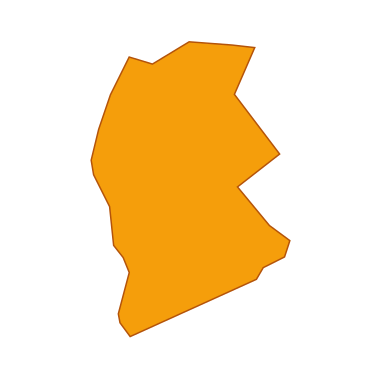 SVG path tracing the border of Flacq, rotated 190°
{"feature_id": "MUS-5184", "entity_name": "Flacq", "entity_type": "District", "adm_level": 1, "iso_a3": "MUS", "parent_name": "Mauritius", "parent_adm1": "", "projection": "natural_earth1", "projection_center": [57.71, -20.212], "detail": "fine", "context": "isolated", "style": "filled", "palette": "amber", "viewbox_px": 384, "rotation_deg": 190, "n_neighbors": 0, "source": "natural_earth", "source_scale": "10m", "svg_char_len": 476}
<svg xmlns="http://www.w3.org/2000/svg" viewBox="0 0 384 384"><g transform="rotate(190 192 192)"><path d="M227.8,38.9L240.2,50.7L243.4,59.2L239.8,101.8L248.4,115.5L259.9,125.8L270.6,163.3L291.9,191.9L296.8,205.8L294.8,237.5L289.2,273.6L277.3,314.0L253.2,311.1L220.9,339.4L177.9,343.7L155.3,345.1L167.2,295.5L112.3,244.6L148.1,204.9L109.9,172.4L87.2,161.1L87.9,155.9L89.6,144.1L108.7,129.9L113.4,117.2L227.8,38.9Z" fill="#f59e0b" stroke="#b45309" stroke-width="1.5"/></g></svg>